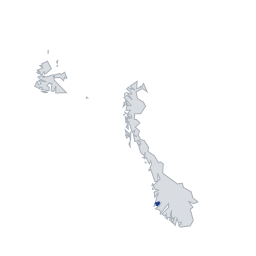 Volda nor, Møre og Romsdal, Norway shown in context, rotated 311°
{"feature_id": "86288312B43762277095742", "entity_name": "Volda nor", "entity_type": "district", "adm_level": 2, "iso_a3": "NOR", "parent_name": "Norway", "parent_adm1": "Møre og Romsdal", "projection": "orthographic", "projection_center": [6.111, 62.092], "detail": "fine", "context": "in_parent", "style": "filled", "palette": "blue", "viewbox_px": 256, "rotation_deg": 311, "n_neighbors": 0, "source": "geoboundaries", "source_scale": "gbopen_adm2", "svg_char_len": 4981}
<svg xmlns="http://www.w3.org/2000/svg" viewBox="0 0 256 256"><g transform="rotate(311 128 128)"><path d="M143.1,123.7L138.7,127.2L139.9,128.6L139.7,133.6L133.5,132.9L133.2,138.7L129.3,140.1L127.6,145.0L129.2,148.4L126.9,156.1L123.5,158.3L124.3,166.3L121.8,173.7L123.7,174.6L124.1,178.1L116.6,183.8L118.2,202.0L121.9,205.2L119.5,208.9L121.3,217.5L117.8,222.8L118.1,229.3L113.9,227.1L112.4,221.6L110.8,229.0L107.6,228.2L101.0,237.9L95.0,239.2L87.4,232.4L87.9,229.6L90.3,231.0L91.7,229.8L89.3,228.8L91.9,224.3L85.5,227.5L86.4,223.5L90.9,221.8L88.6,221.4L90.6,217.8L94.6,215.0L90.6,216.7L85.7,223.5L86.0,219.2L88.4,218.8L85.7,215.7L88.2,213.3L85.7,213.8L85.2,209.9L94.8,210.7L97.4,208.2L85.7,208.5L86.8,205.6L85.0,201.7L90.0,202.7L93.3,201.8L86.0,199.0L99.3,193.3L93.2,193.6L96.8,189.8L101.6,192.1L99.4,189.1L101.1,184.8L110.6,185.6L113.2,180.2L107.5,185.4L105.3,183.6L112.5,170.7L116.6,169.2L118.0,166.7L114.9,167.6L117.8,160.7L116.7,159.4L121.3,156.9L117.8,158.0L117.7,154.0L120.6,149.0L125.3,147.5L121.6,147.4L123.1,144.2L125.8,146.0L125.9,144.3L122.2,142.0L125.9,137.4L127.6,140.5L126.5,136.4L131.1,134.6L127.3,134.2L131.6,127.3L131.6,124.2L133.9,125.3L132.7,123.8L135.6,120.1L136.3,123.7L137.3,118.3L138.0,124.2L139.7,122.0L138.4,118.4L142.9,118.1L140.0,114.9L143.8,112.5L147.0,115.6L148.4,104.9L152.1,105.7L152.0,112.9L153.9,104.1L155.8,108.6L156.7,107.3L156.6,101.4L159.3,101.6L158.9,104.8L160.0,104.5L161.2,108.4L161.0,102.1L169.2,104.3L163.4,108.7L167.6,111.2L171.8,110.5L167.9,118.6L167.5,114.1L166.2,112.5L160.5,110.5L156.5,115.7L157.6,122.5L156.1,126.9L147.2,128.2L143.1,123.7ZM107.4,26.5L110.5,28.3L111.0,32.1L111.8,29.9L113.0,32.9L119.1,36.6L115.7,40.8L114.2,58.3L107.0,50.5L112.3,46.0L106.8,48.0L105.6,45.7L111.9,41.2L110.3,40.6L110.7,39.0L106.7,39.1L107.0,41.9L104.3,43.9L100.2,37.6L102.1,37.4L101.0,34.4L99.8,36.0L98.3,30.2L103.4,28.8L103.9,29.7L101.7,31.7L104.5,33.5L105.4,29.4L109.3,36.3L107.2,29.7L107.4,26.5ZM112.1,21.6L117.3,24.4L117.2,20.4L117.8,20.7L118.2,22.9L119.7,20.8L125.6,23.4L122.4,31.3L115.0,30.3L114.0,29.6L115.5,27.7L112.1,28.4L110.9,27.0L111.7,25.8L109.9,25.2L112.3,25.0L111.6,23.1L112.7,23.8L112.1,21.6ZM119.9,37.8L124.5,40.9L124.3,42.5L128.5,43.6L125.7,49.1L124.8,48.9L124.7,46.7L121.4,48.4L121.7,43.8L117.6,39.5L119.9,37.8ZM124.6,134.3L127.1,132.4L119.8,138.6L123.3,134.0L122.9,129.9L124.7,127.3L124.6,134.3ZM127.5,126.0L131.1,125.1L127.4,128.9L127.5,126.0ZM130.6,123.1L134.9,118.2L133.1,122.9L130.6,123.1ZM98.7,38.2L101.5,42.3L102.3,44.2L100.1,42.2L98.7,38.2ZM121.4,130.5L122.6,134.1L119.5,133.6L121.4,130.5ZM145.0,107.8L143.8,110.8L140.9,110.4L143.8,109.2L145.0,107.8ZM145.8,109.5L145.9,112.7L144.5,112.2L145.8,109.5ZM116.4,139.3L119.2,138.1L116.3,140.9L116.4,139.3ZM134.2,17.0L131.4,19.1L134.2,16.8L134.2,17.0ZM131.1,30.7L133.3,30.5L130.4,32.1L131.1,30.7ZM150.0,104.1L151.7,102.9L152.5,103.3L150.0,104.1ZM146.9,108.4L147.0,110.1L146.0,108.9L146.9,108.4ZM137.8,115.4L138.1,117.1L137.2,116.7L137.8,115.4ZM124.1,76.3L124.2,77.9L123.2,76.8L124.1,76.3ZM129.4,34.0L128.3,34.2L128.0,33.6L129.4,34.0ZM110.6,170.9L111.3,172.2L109.5,172.0L110.6,170.9ZM134.3,115.8L135.4,116.2L136.2,117.0L134.3,115.8ZM110.1,23.1L110.7,24.1L110.0,23.8L110.1,23.1ZM101.9,183.8L99.8,184.0L102.0,183.1L101.9,183.8ZM98.9,186.2L98.2,187.3L97.8,186.7L98.9,186.2ZM115.9,141.4L115.0,142.8L115.8,140.5L115.9,141.4ZM85.3,216.2L85.0,218.1L84.9,215.6L85.3,216.2ZM115.9,159.7L115.3,158.7L115.9,158.7L115.9,159.7ZM167.5,109.6L167.8,110.9L167.6,110.7L167.5,109.6ZM116.5,160.7L115.4,161.1L116.7,160.4L116.5,160.7ZM113.4,163.5L113.7,164.6L113.1,164.3L113.4,163.5ZM84.8,208.3L84.2,209.5L84.4,208.5L84.8,208.3Z" fill="#d9dde1" stroke="#a8b0b8" stroke-width="1"/><path d="M89.7,198.4L89.6,198.5L89.8,198.7L89.9,198.8L89.9,199.0L90.0,199.0L90.2,199.3L90.3,199.3L90.4,199.5L90.5,199.5L90.8,199.6L91.0,199.7L91.0,199.8L91.3,199.8L91.3,200.0L91.2,200.0L91.2,199.9L91.3,199.9L91.2,199.9L90.9,199.8L90.7,199.8L90.4,199.8L90.3,200.0L90.2,200.0L90.2,199.9L90.3,199.8L90.3,199.7L90.2,199.6L90.1,199.4L89.9,199.2L89.7,199.2L89.7,199.3L89.8,199.3L89.8,199.5L89.7,199.7L89.6,199.8L89.5,200.0L89.4,200.2L89.4,200.3L89.3,200.5L89.2,200.5L89.2,200.4L89.3,200.3L89.3,200.2L89.4,199.9L89.5,199.9L89.5,199.7L89.6,199.4L89.6,199.2L89.6,198.9L89.5,198.7L89.4,198.7L89.2,198.6L89.2,198.8L89.2,199.0L89.1,199.3L89.1,199.5L89.3,199.7L89.3,199.9L89.2,200.0L89.3,200.0L89.2,200.1L89.2,200.3L89.1,200.2L89.0,200.3L89.0,200.2L89.0,200.3L88.9,200.3L88.7,200.5L88.7,200.8L88.8,200.8L89.0,200.9L89.5,200.7L89.8,200.7L89.9,200.8L90.0,200.8L90.1,201.0L90.2,200.9L90.3,201.0L90.4,200.9L90.6,200.8L90.5,200.7L90.8,200.5L91.1,200.5L91.2,200.8L91.3,200.9L91.3,201.0L91.5,200.9L91.8,200.7L91.7,200.5L91.8,200.4L92.0,200.4L92.0,200.5L92.0,200.4L92.2,200.2L91.9,200.1L91.9,199.9L91.7,199.7L91.8,199.6L91.7,199.5L91.4,199.6L91.1,199.5L90.9,199.4L90.8,199.2L90.7,199.1L90.6,198.9L90.4,199.0L90.3,198.9L90.3,199.0L90.2,199.0L90.1,198.9L90.0,198.7L89.9,198.7L89.7,198.4Z" fill="#3b82f6" stroke="#1e3a8a" stroke-width="1.5"/></g></svg>